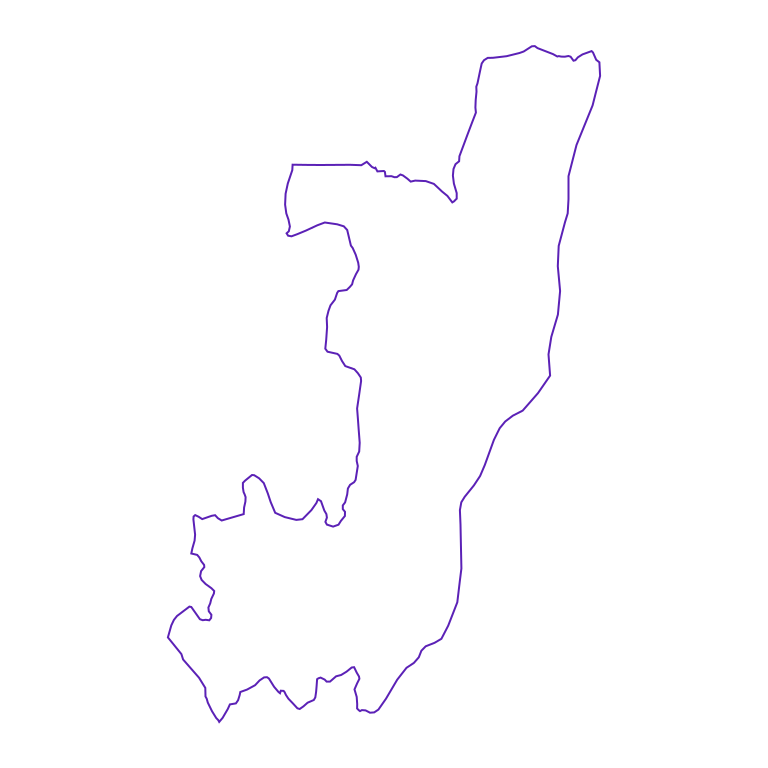 SVG path tracing the border of Republic of the Congo
{"feature_id": "COG", "entity_name": "Republic of the Congo", "entity_type": "country or territory", "adm_level": 0, "iso_a3": "COG", "parent_name": "Africa", "parent_adm1": "", "projection": "equal_earth", "projection_center": [14.374, -0.658], "detail": "fine", "context": "isolated", "style": "outline", "palette": "violet", "viewbox_px": 768, "rotation_deg": 0, "n_neighbors": 0, "source": "natural_earth", "source_scale": "50m", "svg_char_len": 3972}
<svg xmlns="http://www.w3.org/2000/svg" viewBox="0 0 768 768"><path d="M167.9,637.4L171.3,625.4L173.9,619.9L177.0,616.0L189.4,606.6L191.3,607.0L199.9,619.2L202.7,620.2L205.7,619.8L209.3,620.3L211.1,618.0L211.4,614.8L208.8,611.3L208.4,607.5L210.2,603.4L211.3,598.9L213.9,593.5L214.2,591.0L211.4,588.2L205.6,584.0L201.6,579.9L200.1,576.1L201.1,571.1L204.3,567.1L204.1,564.9L201.3,561.3L199.3,557.4L197.2,554.9L191.3,553.5L192.4,548.3L194.6,540.6L195.1,534.7L193.4,519.3L193.6,516.5L195.2,515.1L198.7,516.8L202.2,519.1L211.7,515.8L215.1,515.2L217.9,518.2L221.7,520.5L243.7,514.1L244.1,507.5L245.4,501.6L245.6,497.1L244.6,494.3L243.6,492.1L242.9,487.7L242.9,482.9L245.0,480.7L252.0,475.0L254.2,475.2L259.1,478.3L263.8,483.1L267.8,493.4L270.7,502.1L275.2,512.8L284.8,517.1L296.3,519.9L302.5,519.2L311.4,510.1L316.4,503.0L318.0,499.2L321.0,501.2L324.3,510.5L326.4,514.1L326.9,517.6L325.4,521.9L326.9,524.6L333.1,526.6L338.5,524.7L340.9,520.9L344.9,516.0L345.0,511.8L342.8,509.1L342.8,505.4L345.1,502.4L347.2,494.4L347.9,488.5L350.1,484.8L354.1,482.2L355.6,479.9L357.8,466.0L356.7,461.0L356.7,456.8L359.2,451.5L359.7,442.8L358.6,428.5L357.9,418.7L357.1,408.5L359.1,395.0L361.1,381.0L360.8,377.5L357.9,373.2L354.4,369.3L345.3,366.1L342.0,361.0L339.3,355.6L337.4,353.9L327.5,351.7L325.3,348.7L326.2,339.9L327.1,327.0L326.7,318.0L328.5,310.8L330.5,305.3L334.9,299.6L337.2,292.8L338.4,291.1L346.7,290.0L349.7,287.1L352.1,284.3L353.1,280.4L356.0,274.1L358.5,269.7L358.8,266.8L358.2,262.7L355.7,254.7L352.7,248.0L350.9,245.6L347.2,230.0L343.8,226.3L337.2,224.3L324.8,222.5L317.3,225.3L305.9,230.6L297.2,234.2L291.5,236.3L288.1,235.7L286.6,233.3L288.8,231.3L289.9,226.5L288.5,219.7L286.3,213.4L285.1,204.6L285.6,193.7L287.8,183.5L292.3,170.1L292.6,164.7L306.5,164.9L320.3,165.0L335.4,164.9L350.0,164.8L361.3,165.2L366.8,161.8L372.0,167.0L374.6,168.2L375.4,167.7L377.4,171.4L383.9,171.0L384.9,171.9L385.5,176.3L391.5,176.2L394.5,177.2L396.9,177.1L400.4,174.5L402.9,175.4L407.4,178.7L410.7,181.6L415.2,180.6L425.8,181.1L433.9,183.9L442.0,191.5L447.4,195.9L452.3,202.4L454.1,201.3L455.8,199.5L456.7,198.7L456.7,193.1L453.9,183.6L452.9,175.6L453.5,169.0L455.5,164.2L459.1,161.3L459.4,156.9L459.4,156.3L463.4,145.6L467.3,135.1L472.0,122.7L475.9,112.6L475.4,107.5L475.7,100.0L476.5,91.7L476.3,86.7L477.5,83.3L480.1,70.8L481.7,63.5L484.0,60.2L487.7,57.9L492.9,57.8L506.6,56.2L519.5,53.0L523.7,51.5L531.8,46.3L534.8,46.1L537.5,48.1L553.0,54.1L557.3,56.5L558.8,56.1L561.2,56.6L564.8,56.7L568.4,56.0L570.6,56.7L573.5,60.7L575.4,60.2L577.9,57.3L582.5,54.4L591.6,51.1L593.0,52.5L596.2,59.8L599.4,62.3L600.1,75.9L595.8,92.7L592.6,105.4L584.1,126.3L576.5,145.0L568.5,176.2L568.5,199.1L567.7,213.4L565.0,222.2L558.7,245.9L557.8,266.2L560.1,291.0L557.9,314.6L551.3,336.9L548.5,354.4L550.1,375.6L538.0,393.1L522.7,410.6L512.8,415.7L505.2,421.5L499.7,428.2L497.9,431.8L493.9,439.9L484.8,465.0L480.1,476.0L473.9,485.4L464.7,496.8L461.3,502.3L459.9,510.1L460.5,524.6L461.4,568.5L459.8,581.3L457.3,602.3L448.2,625.7L441.4,638.8L434.6,642.8L425.7,646.3L421.4,650.7L418.8,657.3L413.9,662.9L406.5,667.8L397.2,679.7L386.0,698.7L378.4,709.6L374.2,712.4L370.0,712.7L365.6,710.4L361.9,710.1L360.0,711.1L358.9,710.3L357.1,708.5L357.2,704.1L356.7,696.9L354.5,689.4L357.1,683.4L359.4,678.8L359.0,676.5L356.7,672.6L354.1,667.2L351.7,667.5L346.5,671.7L341.1,675.0L336.1,676.3L332.2,679.7L330.0,681.6L326.6,681.6L324.7,679.6L320.6,677.6L318.4,678.3L317.1,679.2L316.6,686.1L316.1,691.9L315.3,697.4L313.8,700.0L307.6,702.7L303.4,706.4L299.7,709.0L297.4,708.3L292.9,703.4L288.4,698.7L285.9,694.9L284.6,692.1L283.6,690.9L280.8,690.7L280.0,693.2L278.5,692.0L274.1,686.8L268.9,678.5L267.0,677.2L264.1,677.4L259.6,680.4L255.1,685.2L247.0,689.6L240.3,692.0L239.7,695.0L238.1,700.2L235.9,703.4L229.9,704.4L227.8,709.0L222.6,717.9L219.2,721.9L218.3,720.2L216.2,718.0L212.0,711.2L207.8,702.6L206.7,698.7L205.5,696.5L205.3,687.9L199.0,677.7L183.1,659.5L181.4,654.1L167.9,637.4Z" fill="none" stroke="#5b21b6" stroke-width="2"/></svg>